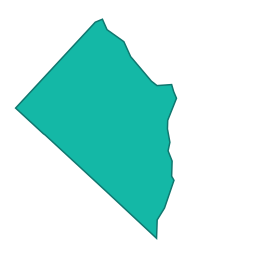 outline of Fountain, Indiana, United States of America, rotated 133°
{"feature_id": "52423323B15325953487278", "entity_name": "Fountain", "entity_type": "district", "adm_level": 2, "iso_a3": "USA", "parent_name": "United States of America", "parent_adm1": "Indiana", "projection": "orthographic", "projection_center": [-87.288, 40.16], "detail": "fine", "context": "isolated", "style": "filled", "palette": "teal", "viewbox_px": 256, "rotation_deg": 133, "n_neighbors": 0, "source": "geoboundaries", "source_scale": "gbopen_adm2", "svg_char_len": 463}
<svg xmlns="http://www.w3.org/2000/svg" viewBox="0 0 256 256"><g transform="rotate(133 128 128)"><path d="M189.2,102.3L189.2,31.9L175.3,44.0L161.7,46.7L134.9,58.7L133.5,63.2L122.1,73.2L117.4,83.1L109.9,87.6L101.8,98.5L95.3,104.2L73.2,112.8L70.3,119.3L66.5,125.7L77.2,135.7L77.8,142.9L74.0,174.8L67.7,189.9L70.4,210.4L65.9,220.9L72.9,224.1L109.1,224.0L190.1,223.8L189.9,186.0L189.6,183.9L189.2,102.3Z" fill="#14b8a6" stroke="#0f766e" stroke-width="1.5"/></g></svg>